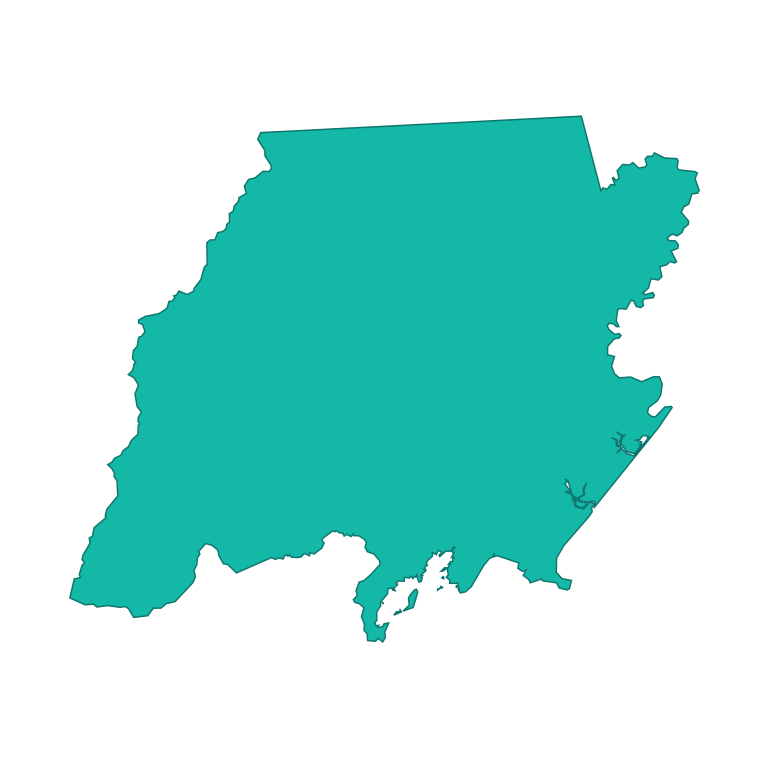 Changuinola, Bocas del Toro, Panama (orthographic projection), rotated 87°
{"feature_id": "35544464B1778139424471", "entity_name": "Changuinola", "entity_type": "district", "adm_level": 2, "iso_a3": "PAN", "parent_name": "Panama", "parent_adm1": "Bocas del Toro", "projection": "orthographic", "projection_center": [-82.488, 9.215], "detail": "fine", "context": "isolated", "style": "filled", "palette": "teal", "viewbox_px": 768, "rotation_deg": 87, "n_neighbors": 0, "source": "geoboundaries", "source_scale": "gbopen_adm2", "svg_char_len": 6147}
<svg xmlns="http://www.w3.org/2000/svg" viewBox="0 0 768 768"><g transform="rotate(87 384 384)"><path d="M637.7,403.1L641.5,398.8L637.3,395.9L631.5,396.1L622.9,391.8L623.5,396.4L625.6,397.4L627.0,401.0L626.3,403.1L624.8,401.8L625.0,404.5L621.7,405.8L619.9,403.6L611.3,403.2L605.0,398.8L602.0,399.1L593.6,391.4L588.6,390.7L588.1,386.5L590.6,384.5L588.9,386.4L590.2,386.3L591.0,383.7L588.6,384.9L585.0,381.0L582.9,382.2L581.4,379.5L582.0,374.2L578.0,373.9L579.1,369.0L577.4,367.6L579.9,365.3L577.7,364.3L578.6,362.6L578.0,361.0L578.0,362.2L576.3,361.4L583.7,359.6L582.9,356.9L579.5,356.1L579.0,357.2L577.3,355.4L576.7,356.9L572.8,352.3L571.3,353.7L571.7,352.1L569.0,353.0L567.4,350.1L565.6,351.3L562.7,349.8L558.3,344.5L554.6,344.6L557.2,340.7L553.0,338.5L554.9,335.0L558.0,338.0L559.2,337.3L554.2,331.1L554.4,324.8L553.4,325.1L550.4,323.2L551.7,320.5L550.9,323.0L552.9,324.3L555.7,324.3L556.0,322.9L560.6,325.5L560.0,324.1L561.5,322.3L560.6,324.1L565.3,324.9L564.7,326.8L567.4,329.0L567.1,327.5L572.6,330.6L577.8,329.7L580.3,331.9L583.3,328.6L586.5,328.9L586.9,320.4L592.2,320.6L592.7,319.1L593.7,320.4L596.6,318.8L595.8,313.4L590.9,307.4L570.5,294.0L563.8,288.0L562.5,284.5L558.6,282.3L562.3,283.8L561.4,279.9L569.7,258.8L575.1,259.9L578.4,255.4L577.2,251.9L582.6,254.9L586.8,249.6L590.2,248.4L587.0,237.0L588.8,235.9L591.6,222.1L596.9,219.7L599.2,211.9L598.2,209.6L590.0,207.1L587.6,216.6L581.1,221.8L566.9,220.8L555.0,213.1L526.8,186.0L522.5,182.8L518.4,183.3L514.8,180.0L512.5,184.3L519.2,191.2L516.6,199.2L508.8,201.6L510.6,199.7L508.2,199.6L503.0,203.7L502.6,206.1L501.1,207.0L501.8,209.3L500.7,206.5L502.6,203.7L501.5,203.2L492.8,208.7L491.1,205.6L488.3,208.5L490.3,205.2L504.1,202.1L508.0,198.1L515.1,199.0L518.2,193.7L516.8,189.5L513.1,187.5L511.3,195.9L507.9,196.7L505.1,190.3L498.9,190.6L493.2,186.7L499.3,189.9L504.9,189.4L507.8,195.0L510.3,195.1L512.2,190.6L512.1,180.3L514.8,179.0L519.0,181.1L441.6,111.9L422.6,97.5L421.4,98.6L421.8,104.9L431.1,114.8L430.1,119.2L426.5,122.4L421.4,121.1L415.0,111.8L409.4,108.2L398.7,106.2L391.3,108.6L390.8,114.2L395.2,126.7L389.9,137.4L390.2,148.6L385.9,153.3L378.0,155.8L368.6,152.4L366.5,159.2L358.2,158.7L351.0,151.8L350.3,146.7L347.9,144.8L345.9,146.6L346.6,150.9L341.3,156.6L337.9,158.0L335.1,156.3L335.9,151.6L338.8,149.0L339.0,146.5L333.0,148.8L322.5,146.8L320.9,145.0L321.9,138.2L313.3,132.9L313.9,130.4L319.8,128.0L321.1,123.6L319.2,120.8L314.9,121.4L312.7,120.0L311.9,110.7L309.6,109.4L306.7,110.8L308.5,118.2L306.8,120.8L301.9,114.8L292.8,112.0L294.5,104.6L291.4,100.9L281.4,102.5L279.8,95.6L276.6,91.9L278.3,87.5L277.3,85.5L266.2,90.3L263.7,83.3L260.1,82.9L256.3,85.6L255.7,91.9L252.7,93.4L249.3,88.3L251.4,83.6L248.4,78.6L244.1,76.4L240.5,71.8L237.4,71.3L228.1,78.2L222.6,75.3L220.4,70.3L210.3,66.6L209.8,60.8L207.1,59.1L195.4,62.6L189.7,60.1L188.2,62.2L185.6,78.4L183.0,80.0L176.8,78.6L174.3,79.8L173.0,91.9L167.4,101.9L170.6,103.9L170.4,109.0L173.2,111.5L178.7,110.0L180.9,111.7L181.7,118.4L176.0,123.8L178.2,127.8L177.2,134.1L183.3,140.0L190.7,138.5L192.9,141.5L189.7,144.2L190.4,145.1L197.3,143.0L196.7,147.1L201.2,150.9L199.6,155.1L202.4,157.3L126.9,172.9L126.5,494.0L133.0,497.3L144.6,490.7L150.0,490.9L159.5,485.5L162.9,485.2L165.8,487.6L165.3,493.6L171.5,502.1L172.6,508.5L179.3,513.1L186.6,511.5L190.2,519.0L194.2,519.8L198.1,524.0L203.4,525.5L205.9,529.6L214.0,529.7L216.4,532.7L220.4,533.3L223.2,536.9L224.1,542.1L231.2,545.3L231.0,549.9L233.6,553.5L255.3,554.3L257.9,557.3L270.1,561.4L278.6,568.6L281.3,569.1L284.3,575.9L280.4,584.1L284.4,586.5L285.0,589.4L286.9,588.3L290.0,591.1L290.4,594.5L296.5,596.4L298.7,599.2L302.0,605.3L304.0,618.8L307.4,625.7L310.3,625.8L311.7,622.1L319.0,619.9L323.5,623.4L324.6,626.5L333.4,628.5L337.5,632.5L345.4,633.8L349.5,630.7L350.6,632.4L357.2,634.3L361.2,638.8L364.5,633.4L372.3,629.2L380.8,633.2L393.6,631.7L399.2,627.8L404.4,631.0L408.9,631.6L410.8,630.0L412.5,631.6L421.2,632.3L427.3,639.4L433.2,642.4L436.7,647.9L441.4,650.5L444.1,657.0L447.5,659.4L450.1,664.1L454.2,660.2L459.0,657.8L462.2,658.4L466.6,655.7L481.9,655.7L494.4,667.2L501.2,669.3L502.7,668.4L512.2,680.9L521.1,683.3L522.2,686.3L527.7,686.0L539.4,693.6L543.6,694.7L546.7,692.4L549.2,695.0L558.5,698.3L561.3,697.3L562.5,703.5L581.2,708.9L588.8,694.2L588.7,685.7L591.7,682.2L590.8,671.9L593.2,659.3L592.7,653.9L595.0,650.9L604.0,646.2L603.0,632.0L595.8,626.1L596.1,618.4L591.9,612.9L590.4,604.0L572.5,585.4L566.8,582.4L560.2,583.6L554.6,580.4L547.6,579.4L544.3,576.8L541.5,577.8L534.0,570.5L535.9,564.4L541.1,558.6L546.8,557.8L555.1,553.8L556.1,549.6L564.9,541.1L551.5,505.6L553.5,501.3L552.1,498.4L553.5,494.0L550.0,491.9L549.7,489.9L551.0,488.9L549.6,487.2L552.2,485.6L552.7,479.6L552.4,475.9L549.0,472.6L551.6,467.3L548.7,467.0L550.0,462.6L544.7,454.8L539.7,452.1L537.1,454.2L534.9,453.3L527.8,442.6L529.0,441.1L527.9,439.5L530.5,436.1L530.6,433.2L533.8,431.7L532.3,429.4L534.6,424.6L532.2,422.8L533.9,421.9L534.3,416.9L538.3,411.4L541.8,409.9L546.0,411.5L550.6,409.4L553.3,402.8L560.3,397.6L564.0,397.4L573.4,406.9L579.2,414.2L580.6,419.2L589.2,422.8L593.8,421.7L597.7,425.9L600.6,424.4L602.1,420.1L606.4,415.8L615.3,418.7L622.8,416.1L629.1,416.8L632.4,413.9L639.4,413.8L640.4,405.8L637.7,403.1ZM449.6,159.6L452.0,154.3L457.4,154.0L458.4,152.3L457.9,150.8L453.7,151.9L448.8,148.9L444.0,154.4L447.9,148.2L447.8,145.3L448.5,148.0L455.2,150.7L464.3,145.2L466.6,137.5L463.1,133.7L458.1,130.4L457.8,132.6L457.2,130.2L455.2,129.8L453.3,135.1L452.6,131.3L449.0,127.9L450.0,122.7L451.2,123.6L451.3,122.4L468.9,138.3L466.1,145.5L461.0,149.8L465.2,155.4L459.9,149.9L457.7,155.3L451.9,155.0L449.6,159.6ZM593.6,361.2L590.7,362.3L591.0,364.0L595.1,368.0L599.1,370.8L606.0,370.3L611.7,376.8L608.7,366.5L593.6,361.2ZM615.3,386.3L612.5,378.5L610.4,379.7L612.2,380.3L612.0,383.4L615.3,386.3ZM570.8,331.1L570.6,333.1L573.9,336.8L573.7,334.2L570.8,331.1ZM581.6,334.7L579.8,334.5L579.4,335.1L580.6,336.5L581.6,334.7ZM601.2,397.8L603.0,396.6L603.5,395.7L601.2,397.8ZM590.6,338.6L590.9,337.4L590.2,336.2L589.1,337.8L590.6,338.6ZM591.4,341.0L592.7,341.2L591.4,339.3L591.4,341.0ZM591.2,322.7L589.9,321.5L589.2,322.2L591.2,322.7Z" fill="#14b8a6" stroke="#0f766e" stroke-width="1.5"/></g></svg>